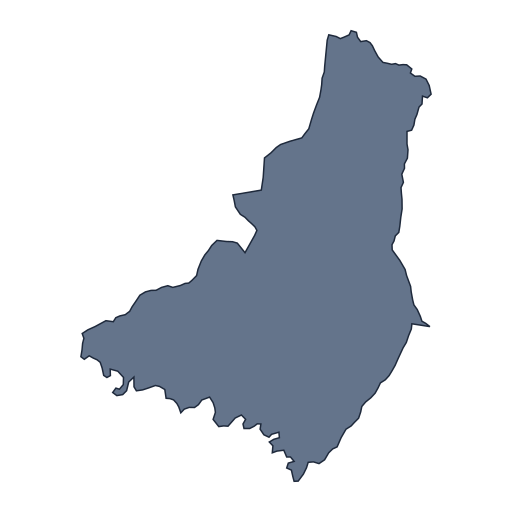 the district of Astorga, Paraná, Brazil
{"feature_id": "56859067B33655617735681", "entity_name": "Astorga", "entity_type": "district", "adm_level": 2, "iso_a3": "BRA", "parent_name": "Brazil", "parent_adm1": "Paraná", "projection": "natural_earth1", "projection_center": [-51.712, -23.236], "detail": "fine", "context": "isolated", "style": "filled", "palette": "slate", "viewbox_px": 512, "rotation_deg": 0, "n_neighbors": 0, "source": "geoboundaries", "source_scale": "gbopen_adm2", "svg_char_len": 3033}
<svg xmlns="http://www.w3.org/2000/svg" viewBox="0 0 512 512"><path d="M427.4,97.8L431.1,94.2L429.2,85.5L426.0,79.1L420.2,76.0L414.9,76.3L410.4,73.0L411.8,69.0L406.7,64.8L403.0,64.6L398.9,65.1L395.5,63.6L391.6,64.3L387.5,63.3L382.9,62.4L378.1,56.9L374.6,50.5L372.4,45.8L370.0,42.6L366.4,40.7L360.7,41.6L357.5,37.2L356.4,32.3L351.1,30.7L349.1,34.9L343.9,37.2L340.3,38.6L336.2,36.5L328.8,34.8L327.2,40.2L325.3,59.9L324.7,66.1L324.3,72.0L322.1,78.2L321.7,84.6L321.0,89.6L319.6,97.3L316.6,104.8L313.5,113.2L311.5,119.5L308.8,128.8L304.9,133.7L301.8,137.9L289.8,141.3L280.6,144.5L276.3,147.5L270.9,152.9L264.5,157.9L263.2,177.4L261.3,190.1L232.9,194.9L234.2,200.6L235.4,206.9L240.4,214.4L244.9,217.2L248.5,220.9L251.7,223.7L254.9,226.8L256.9,230.4L254.6,235.5L245.0,252.7L237.3,243.1L232.5,241.7L226.4,241.5L217.0,240.4L211.7,245.5L208.4,250.6L204.9,254.8L201.3,261.0L198.0,269.3L196.6,275.6L191.8,280.5L188.7,283.1L185.1,283.4L180.4,285.5L172.8,287.4L167.8,285.7L161.6,287.4L156.1,290.3L151.1,290.4L145.4,291.9L139.9,295.2L136.6,300.2L132.1,306.8L129.7,311.3L125.2,314.7L119.9,315.9L115.8,317.7L113.3,321.7L105.9,320.7L99.8,324.0L95.0,326.6L87.9,329.8L82.2,333.5L83.9,338.3L82.6,343.4L82.0,350.1L80.9,356.7L84.3,359.3L89.2,355.8L93.3,358.1L97.1,359.8L100.2,362.3L102.1,367.9L103.7,375.4L106.9,377.5L110.4,375.6L110.2,369.1L117.8,371.2L123.5,377.4L123.3,384.6L119.4,389.2L115.9,388.1L112.7,392.5L116.8,395.6L122.7,394.6L126.6,390.7L128.7,382.0L133.9,377.1L134.0,386.8L136.4,390.8L142.6,389.9L148.1,388.1L155.4,385.5L159.5,386.4L164.8,389.5L166.1,398.3L169.9,398.6L173.6,399.9L176.9,403.5L178.8,407.0L180.8,412.8L184.3,409.1L189.2,407.4L194.5,407.5L198.4,404.7L201.8,400.0L209.6,397.1L213.1,402.6L214.8,407.9L215.4,412.4L213.1,419.4L218.8,426.6L223.7,425.9L228.0,426.2L235.2,418.0L241.4,415.0L245.6,419.3L243.0,424.0L244.0,428.5L249.7,428.5L254.2,426.2L257.3,423.8L260.9,424.0L260.1,429.2L263.9,434.8L269.0,437.2L271.6,434.3L278.9,432.2L279.4,437.7L273.8,439.3L269.3,442.0L272.9,445.8L272.3,452.8L276.9,451.1L283.8,450.2L286.7,457.0L290.5,457.0L294.1,461.4L288.3,463.1L286.7,468.0L291.4,470.1L292.8,476.4L294.1,481.3L298.2,481.1L303.4,474.1L306.5,467.8L308.2,462.3L313.5,461.9L319.0,463.6L324.6,459.8L328.7,452.8L332.7,448.9L337.1,446.9L341.1,437.7L346.0,429.2L351.2,425.9L354.4,422.4L358.6,418.2L360.7,411.9L361.8,406.5L365.6,402.0L370.8,397.8L375.1,393.2L378.1,387.8L380.4,382.9L385.3,379.8L389.1,375.6L392.2,370.5L395.1,365.4L398.0,358.8L403.1,347.8L406.3,342.5L408.6,335.6L411.3,329.1L411.9,323.8L429.9,326.6L425.6,323.3L421.9,321.2L420.3,316.3L417.2,309.5L413.9,304.9L412.7,300.1L411.2,291.9L410.6,286.4L406.6,275.6L405.1,269.5L399.8,260.4L392.2,249.9L392.0,244.7L394.0,241.0L395.3,235.9L398.8,232.4L399.8,226.3L400.8,217.2L402.1,209.0L402.0,199.4L401.4,193.3L401.0,187.6L403.4,182.4L401.8,174.2L404.5,168.3L404.4,163.9L407.4,158.2L408.0,149.8L407.0,144.0L407.0,137.9L407.0,131.4L411.6,130.2L413.9,125.1L414.9,119.2L416.9,114.6L419.0,107.1L422.0,104.0L422.5,96.1L427.4,97.8Z" fill="#64748b" stroke="#1e293b" stroke-width="1.5"/></svg>